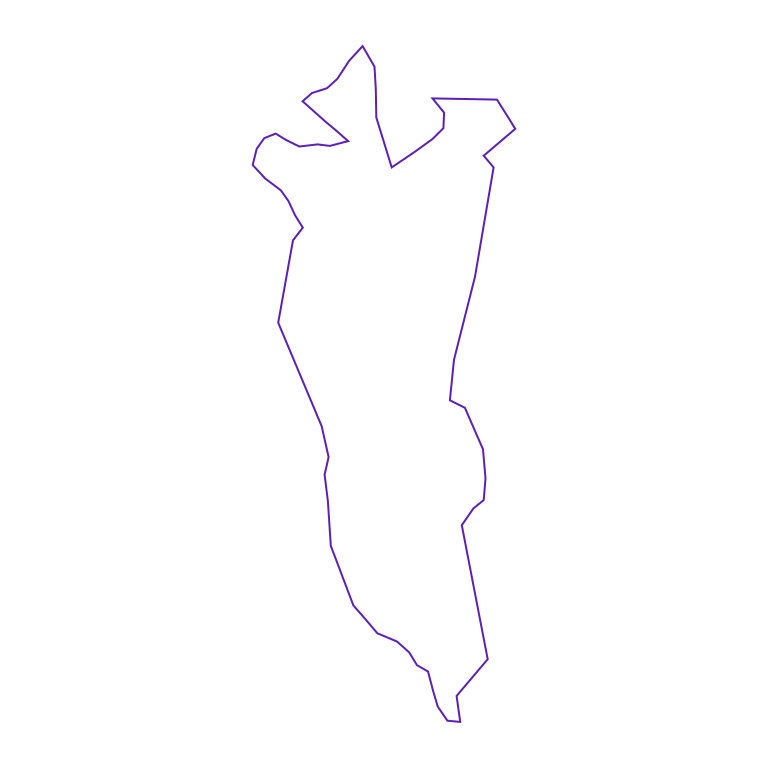 outline of São José do Sul, Rio Grande do Sul, Brazil
{"feature_id": "56859067B49166380308461", "entity_name": "São José do Sul", "entity_type": "district", "adm_level": 2, "iso_a3": "BRA", "parent_name": "Brazil", "parent_adm1": "Rio Grande do Sul", "projection": "equal_earth", "projection_center": [-51.488, -29.554], "detail": "fine", "context": "isolated", "style": "outline", "palette": "violet", "viewbox_px": 768, "rotation_deg": 0, "n_neighbors": 0, "source": "geoboundaries", "source_scale": "gbopen_adm2", "svg_char_len": 910}
<svg xmlns="http://www.w3.org/2000/svg" viewBox="0 0 768 768"><path d="M515.3,128.8L497.0,99.6L432.5,98.4L444.1,112.7L443.4,128.2L432.5,139.0L414.8,151.8L391.7,167.4L376.3,117.5L375.8,89.1L374.5,66.7L362.6,46.1L349.2,60.7L337.3,78.9L327.0,88.2L312.0,93.0L302.6,101.3L325.2,121.4L336.2,130.6L348.1,141.1L329.9,145.9L317.6,144.4L299.3,146.5L285.4,139.6L275.7,133.6L264.3,138.1L256.7,148.8L252.7,165.0L265.4,178.7L280.9,190.4L288.3,200.8L295.2,215.5L302.8,227.7L293.0,240.3L278.2,322.7L321.7,426.3L328.6,457.1L324.6,474.7L327.9,501.3L330.8,545.8L353.4,605.5L363.1,616.5L377.4,633.3L397.1,641.6L409.2,652.4L417.0,665.2L428.0,671.5L433.1,690.9L437.8,706.7L447.4,720.7L460.2,721.9L456.6,695.9L487.7,659.2L461.8,525.2L473.4,508.4L483.7,500.1L485.5,478.6L483.0,449.3L472.3,424.8L464.9,407.8L449.9,400.3L454.0,359.7L475.0,276.7L493.6,167.4L483.7,155.7L515.3,128.8Z" fill="none" stroke="#5b21b6" stroke-width="2"/></svg>